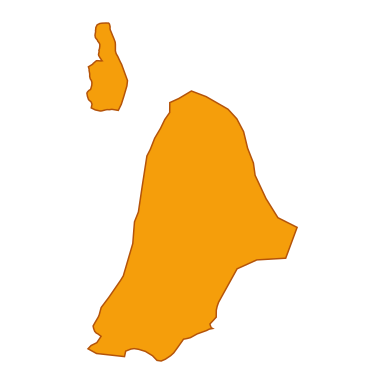 Onuimo, Imo, Nigeria (Mercator projection)
{"feature_id": "59680162B32871052171758", "entity_name": "Onuimo", "entity_type": "district", "adm_level": 2, "iso_a3": "NGA", "parent_name": "Nigeria", "parent_adm1": "Imo", "projection": "mercator", "projection_center": [7.204, 5.79], "detail": "fine", "context": "isolated", "style": "filled", "palette": "amber", "viewbox_px": 384, "rotation_deg": 0, "n_neighbors": 0, "source": "geoboundaries", "source_scale": "gbopen_adm2", "svg_char_len": 2028}
<svg xmlns="http://www.w3.org/2000/svg" viewBox="0 0 384 384"><path d="M191.4,91.0L178.8,98.5L169.8,102.6L169.7,112.5L164.8,119.5L160.5,128.4L154.7,138.2L150.3,149.4L146.9,156.0L142.1,187.0L138.4,212.0L134.5,221.8L133.9,229.2L132.8,243.5L123.3,275.9L120.4,280.6L108.9,297.3L101.2,307.5L100.6,309.6L99.2,314.9L98.2,317.2L95.4,321.9L93.1,326.0L93.6,328.4L94.7,331.3L96.2,333.0L97.9,333.9L101.1,336.3L96.8,342.7L91.1,345.5L88.0,348.8L96.5,353.5L124.5,356.6L125.7,351.1L130.8,349.1L134.1,348.6L138.6,349.3L145.4,351.4L152.5,355.7L157.0,360.4L161.2,361.0L165.4,359.2L170.6,355.7L173.7,352.9L177.7,347.4L183.5,339.2L187.1,338.5L190.5,337.6L197.2,333.9L206.6,330.5L209.3,329.1L212.6,328.5L211.2,327.7L210.4,325.7L209.9,324.0L216.2,317.2L216.3,310.2L217.1,306.5L218.6,302.2L237.1,268.8L256.8,259.9L285.7,258.2L297.1,227.4L277.9,217.7L266.0,198.6L255.1,175.3L253.4,163.0L247.6,148.2L243.6,131.7L236.8,118.8L228.0,109.2L206.1,96.6L191.4,91.0ZM91.2,107.9L93.8,109.2L95.2,109.9L100.2,111.0L101.7,110.9L105.5,109.9L107.1,109.6L109.3,109.7L111.9,109.3L118.3,110.4L121.3,104.3L123.7,96.8L126.9,85.9L127.5,80.6L121.6,64.4L120.4,62.1L119.2,59.6L118.2,57.3L117.3,55.6L116.5,54.3L116.0,53.2L115.4,50.9L115.4,44.5L115.2,42.2L113.8,38.4L112.6,35.6L111.4,32.6L110.3,30.0L110.0,28.6L110.1,26.8L109.8,25.4L109.4,24.0L108.6,23.1L105.8,23.0L101.8,23.2L99.8,23.5L97.2,24.8L96.3,26.5L95.8,27.7L95.7,29.4L95.5,30.4L95.6,31.8L95.2,33.8L95.0,35.4L95.4,37.6L96.2,38.7L97.3,40.0L97.8,41.2L98.6,42.2L99.4,43.4L99.8,44.4L99.8,46.2L99.5,48.5L98.9,50.4L99.1,51.7L98.7,53.4L98.5,54.5L98.7,55.5L99.4,56.7L100.2,58.1L101.0,59.2L101.3,59.8L101.7,60.4L102.1,60.8L101.5,60.9L100.0,60.9L98.9,60.8L97.7,60.7L96.9,60.7L96.4,60.8L95.7,61.3L94.9,62.0L94.1,62.7L93.1,63.5L92.7,64.2L88.4,66.8L89.1,69.1L89.1,70.5L89.7,73.8L89.7,76.5L90.3,78.9L91.4,80.6L91.9,82.5L91.8,85.1L91.0,88.1L90.5,89.5L89.1,90.3L87.9,91.5L87.2,92.4L86.9,93.3L87.1,94.4L87.4,96.2L88.5,99.5L89.4,100.5L90.8,101.6L91.3,102.3L92.0,104.3L91.2,107.9Z" fill="#f59e0b" stroke="#b45309" stroke-width="1.5"/></svg>